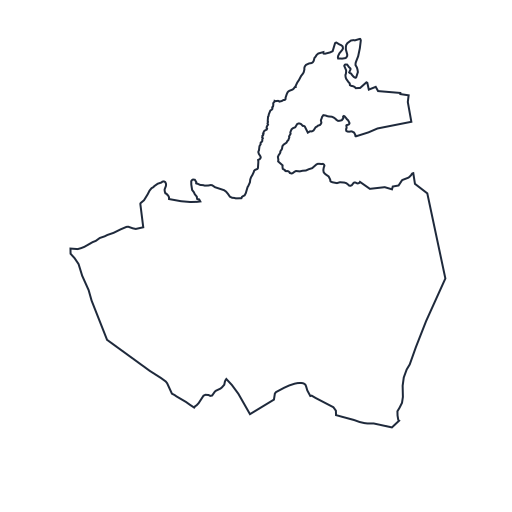 Pantelhó, Chiapas, Mexico (Albers equal-area conic projection), rotated 79°
{"feature_id": "50627088B92508189730376", "entity_name": "Pantelhó", "entity_type": "district", "adm_level": 2, "iso_a3": "MEX", "parent_name": "Mexico", "parent_adm1": "Chiapas", "projection": "albers", "projection_center": [-92.505, 17.051], "detail": "fine", "context": "isolated", "style": "outline", "palette": "slate", "viewbox_px": 512, "rotation_deg": 79, "n_neighbors": 0, "source": "geoboundaries", "source_scale": "gbopen_adm2", "svg_char_len": 6051}
<svg xmlns="http://www.w3.org/2000/svg" viewBox="0 0 512 512"><g transform="rotate(79 256 256)"><path d="M445.0,147.0L444.6,147.4L443.5,147.6L439.6,147.5L435.4,146.8L432.4,144.1L428.0,140.7L422.4,138.7L411.3,136.8L403.4,134.1L396.1,129.7L391.8,125.8L375.9,116.4L352.3,101.4L314.2,74.4L227.2,75.9L215.5,86.2L204.7,85.8L204.8,86.8L205.4,87.6L206.1,88.1L207.7,90.4L208.2,91.5L209.2,97.2L209.5,98.2L214.0,102.6L213.9,108.5L216.5,109.8L213.0,116.5L211.8,131.4L203.1,139.8L203.9,140.5L204.2,142.1L204.1,142.7L202.9,144.3L202.6,145.5L202.9,146.3L204.8,148.5L205.1,149.9L204.7,151.1L203.4,152.0L201.8,153.4L200.8,155.2L199.6,159.5L199.9,162.6L199.7,163.2L198.2,166.9L197.3,168.3L196.7,168.7L195.1,168.6L191.8,169.5L189.1,172.1L187.9,173.0L186.6,173.6L184.5,173.5L182.3,172.7L180.4,171.6L179.3,171.8L178.3,172.8L178.3,173.9L177.6,176.2L177.3,177.9L177.7,179.3L180.5,184.1L180.9,187.7L181.6,190.7L181.2,194.0L181.3,196.9L180.2,200.5L180.6,202.0L181.7,204.3L181.8,205.4L180.9,207.0L180.2,207.1L179.1,208.0L178.5,209.3L178.5,210.3L178.2,210.8L177.6,211.3L177.1,211.3L175.8,212.9L175.5,213.1L173.5,213.0L172.1,212.6L167.4,216.2L165.8,215.7L162.9,215.6L161.2,214.4L160.0,213.1L159.1,212.4L158.1,212.2L157.1,211.4L156.8,210.9L155.7,210.0L153.2,209.1L151.9,207.6L150.6,204.5L148.9,203.1L148.6,202.3L146.0,200.7L144.9,200.7L142.6,198.7L141.5,198.8L140.6,198.4L138.4,196.9L137.6,195.4L137.1,192.9L134.4,190.5L134.0,189.0L134.3,187.8L135.2,186.5L137.2,185.3L137.4,184.3L138.2,183.4L144.8,181.6L143.9,179.2L144.3,177.8L144.2,176.8L143.7,175.5L141.0,172.9L140.5,171.3L139.9,170.4L139.6,168.2L138.8,167.2L137.7,166.4L135.1,166.4L133.1,165.1L132.2,164.7L130.6,163.0L131.5,160.6L132.2,159.6L132.9,158.0L133.7,155.1L134.2,154.3L135.2,153.0L136.9,151.5L137.6,151.2L139.0,149.7L139.2,148.4L139.1,145.9L138.8,145.5L138.3,145.2L138.3,144.9L137.6,144.1L135.8,143.9L135.5,143.6L135.3,143.1L135.8,142.4L138.6,140.8L139.0,140.8L140.3,139.7L143.0,138.9L143.8,139.0L144.5,139.7L144.8,141.0L144.8,142.1L145.1,142.4L147.5,142.6L148.5,143.3L149.6,143.5L150.4,143.5L150.8,143.1L151.4,142.2L151.8,140.5L151.8,138.8L152.1,138.0L153.5,136.2L156.4,135.3L157.0,135.6L157.6,135.1L156.1,122.0L154.0,112.4L153.9,77.9L133.8,77.6L127.4,75.5L124.6,83.4L123.5,83.2L117.4,104.7L112.8,106.2L114.2,113.5L107.2,113.7L106.6,114.5L110.9,121.7L110.3,126.0L108.8,127.0L107.7,128.6L107.2,130.0L106.2,131.2L104.4,131.1L102.8,132.1L99.2,133.7L97.5,133.9L95.4,133.7L94.3,133.0L92.1,132.3L90.8,132.1L86.2,133.1L85.2,132.3L85.1,131.5L85.5,130.0L88.3,128.7L90.0,127.5L90.8,127.6L93.6,129.5L94.4,128.9L95.1,127.8L96.6,127.2L98.8,125.9L100.0,124.5L99.8,123.6L94.9,120.9L92.3,120.8L90.2,121.0L87.6,121.9L85.6,121.4L84.3,120.7L79.4,117.6L71.8,114.4L64.4,112.0L63.3,112.1L62.8,112.3L62.7,112.8L63.2,117.8L62.7,119.1L62.6,121.7L64.5,125.7L66.1,127.2L67.9,127.9L70.3,128.4L75.6,128.0L77.0,128.3L78.4,129.5L78.8,130.4L78.7,133.6L77.8,137.7L76.6,137.7L75.3,137.2L73.0,135.5L70.1,132.0L69.0,131.1L67.5,130.9L66.5,131.1L65.2,132.3L64.2,133.8L61.8,136.4L61.9,137.3L62.2,137.8L69.6,141.7L70.3,144.5L70.6,149.6L70.2,151.0L69.3,151.2L68.7,151.0L69.1,156.2L70.2,158.1L71.0,158.9L71.5,159.2L72.7,160.8L75.4,162.1L76.3,162.9L76.9,163.7L77.2,164.9L77.1,167.1L77.9,170.4L79.2,171.9L80.7,172.7L82.1,172.9L84.7,174.1L85.8,175.0L87.9,177.4L91.4,180.2L93.6,182.4L96.6,184.6L97.7,184.8L97.6,185.7L99.0,187.2L99.6,188.4L100.2,191.7L100.7,192.9L101.4,193.8L103.1,195.0L106.3,196.8L107.5,197.0L108.0,197.5L108.3,198.1L108.1,199.2L108.8,201.2L108.9,203.6L108.2,204.1L107.9,204.8L107.7,207.5L107.3,208.1L107.9,208.3L109.0,209.7L109.9,210.1L110.7,210.1L112.6,210.8L113.1,211.7L114.6,211.8L115.2,212.4L116.0,214.2L119.4,216.4L121.0,217.0L121.6,217.6L125.9,218.8L126.2,218.6L127.1,218.8L127.9,219.4L129.4,219.1L130.1,220.0L131.6,221.0L132.5,221.2L133.0,220.8L133.9,221.3L134.6,223.6L135.1,224.3L136.5,225.3L137.1,225.2L137.5,225.8L138.1,225.6L138.7,225.9L139.2,226.8L140.1,226.9L140.6,227.3L141.7,226.8L142.5,227.5L144.3,227.9L145.2,228.8L145.4,229.5L146.0,230.0L147.2,230.1L148.8,231.6L153.0,233.0L153.7,233.6L154.5,233.9L156.4,233.7L158.5,232.8L159.9,232.5L160.9,233.0L161.7,234.0L162.1,235.6L163.9,235.7L170.0,237.3L170.8,238.0L171.3,240.5L172.0,241.6L173.2,242.2L175.7,244.0L177.7,245.8L179.7,247.0L182.5,247.9L185.8,250.2L186.7,251.1L192.3,254.0L194.3,255.6L194.8,257.4L195.3,258.5L196.5,259.3L195.6,264.7L194.8,266.4L194.3,268.3L192.8,270.3L189.6,271.7L187.1,273.1L185.3,274.8L180.6,283.2L179.2,284.5L178.1,285.7L177.7,287.0L177.7,289.5L177.1,293.0L176.4,294.3L175.6,297.2L173.9,299.6L173.4,300.8L173.0,300.9L172.1,300.5L169.5,301.5L168.9,303.2L169.2,304.2L170.2,305.3L173.6,305.9L179.0,306.1L181.6,304.8L183.7,304.3L186.4,302.8L188.0,302.9L188.9,302.8L189.6,301.0L191.8,300.3L191.6,303.4L190.5,310.1L187.9,319.2L183.5,330.5L181.8,330.2L180.5,330.5L179.5,330.9L179.2,331.3L178.2,331.7L177.2,333.0L176.7,332.9L176.0,333.2L174.4,333.2L173.2,333.0L170.1,331.1L168.9,330.7L167.7,330.6L166.1,331.0L165.3,332.0L165.1,332.7L165.2,333.8L165.8,334.8L166.3,338.7L168.1,342.7L168.8,343.5L169.5,345.6L171.5,348.0L174.8,350.6L179.9,355.3L182.0,359.1L182.7,359.6L206.3,361.2L206.5,368.9L205.3,371.7L202.9,375.8L202.7,377.6L204.0,383.7L206.1,391.4L207.0,397.9L207.8,400.7L208.5,405.9L210.6,410.4L211.2,413.7L214.3,422.9L214.9,426.2L215.2,429.7L213.3,436.7L218.4,437.6L223.5,434.5L230.1,431.7L242.2,430.4L257.6,426.8L268.4,425.9L309.9,418.2L348.7,382.0L357.7,372.5L362.0,368.5L364.0,367.5L375.1,364.8L376.9,362.5L378.6,360.9L385.9,352.6L389.7,349.0L393.0,345.6L391.8,344.3L391.3,342.9L389.5,340.4L383.1,334.2L382.6,332.1L383.4,329.1L384.6,327.6L384.6,325.7L381.3,322.3L380.6,321.0L379.4,316.3L378.6,314.7L376.3,311.7L373.6,310.6L372.3,309.8L371.1,308.6L378.0,304.3L387.9,299.6L410.1,292.1L400.4,265.8L394.6,263.7L393.4,262.3L390.7,253.5L389.4,248.0L388.7,242.3L388.7,239.3L389.2,236.1L389.8,234.3L390.5,233.2L391.7,232.1L393.5,231.7L397.7,231.3L403.8,229.4L403.7,228.0L406.8,224.5L419.2,208.9L423.1,207.1L427.5,207.8L435.9,190.7L438.7,186.0L440.7,181.5L441.7,178.4L442.9,172.3L450.2,155.3L445.0,147.0Z" fill="none" stroke="#1e293b" stroke-width="2"/></g></svg>